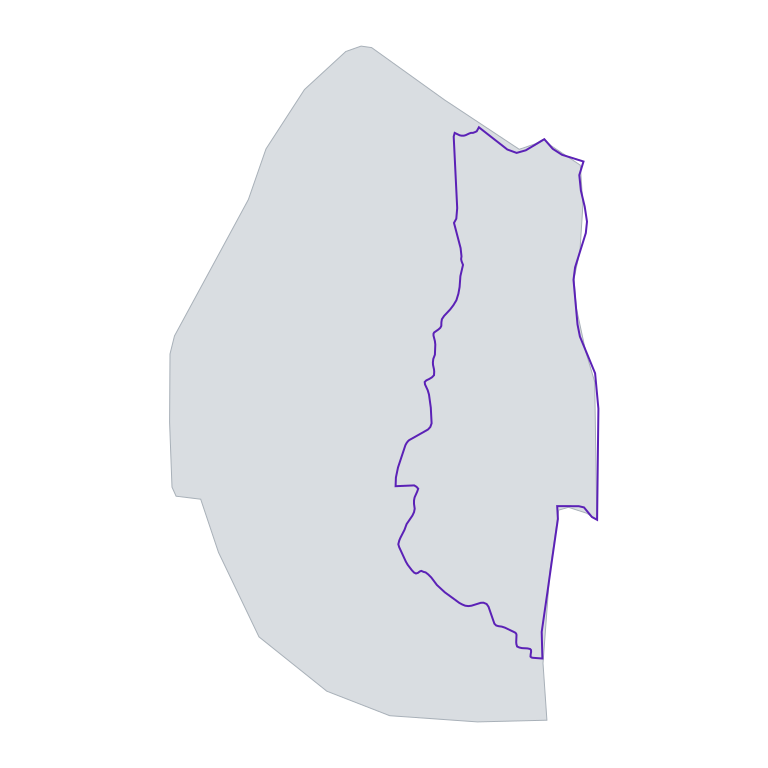 Lubombo on a map of eSwatini (Equal Earth projection)
{"feature_id": "SWZ-535", "entity_name": "Lubombo", "entity_type": "District", "adm_level": 1, "iso_a3": "SWZ", "parent_name": "eSwatini", "parent_adm1": "", "projection": "equal_earth", "projection_center": [31.73, -26.547], "detail": "fine", "context": "in_parent", "style": "outline", "palette": "violet", "viewbox_px": 768, "rotation_deg": 0, "n_neighbors": 0, "source": "natural_earth", "source_scale": "10m", "svg_char_len": 2464}
<svg xmlns="http://www.w3.org/2000/svg" viewBox="0 0 768 768"><path d="M544.0,139.0L550.5,145.3L580.3,165.2L582.9,204.9L580.0,250.2L574.0,278.8L576.2,307.3L585.7,351.6L594.7,381.8L596.8,519.5L586.7,513.2L568.4,507.3L558.7,510.1L549.8,571.7L543.0,663.3L546.9,720.2L477.5,721.9L389.7,715.7L326.8,691.2L259.0,636.9L218.5,552.4L200.7,499.2L176.1,496.2L172.0,487.1L169.6,422.2L170.0,354.0L174.5,335.9L220.1,251.8L248.4,199.5L266.0,148.9L304.5,89.5L345.8,51.5L361.1,46.1L371.6,47.6L444.5,99.9L519.2,149.3L535.4,143.8L544.0,139.0Z" fill="#d9dde1" stroke="#a8b0b8" stroke-width="1"/><path d="M544.3,139.2L552.7,148.8L562.0,154.8L583.5,161.5L579.3,175.1L580.9,190.6L584.7,206.6L587.0,221.6L585.8,233.1L575.1,267.3L573.5,279.8L577.5,324.4L579.9,336.5L595.1,373.3L598.4,408.7L597.1,519.8L591.9,517.0L584.0,507.4L578.8,506.2L557.2,506.1L557.9,519.0L552.4,557.1L547.4,592.4L541.7,631.9L542.4,658.5L542.2,658.5L532.9,657.8L531.5,657.5L530.5,656.6L530.7,654.1L531.1,651.9L531.0,650.0L530.1,649.0L527.5,648.4L521.9,648.1L519.3,647.5L517.1,646.5L516.4,644.2L516.2,642.3L516.5,634.9L516.1,633.5L515.0,632.5L504.8,627.6L501.7,626.6L498.7,626.2L496.2,625.5L494.4,623.7L488.5,606.7L486.6,604.0L483.5,602.7L480.8,602.8L471.5,605.7L468.4,606.1L465.2,605.7L462.3,604.5L459.3,602.9L444.8,592.3L436.9,585.0L431.3,577.5L428.2,574.4L425.6,572.4L423.6,571.9L421.3,570.9L419.7,571.5L417.9,572.9L416.0,573.5L414.1,572.6L411.9,570.3L407.7,564.8L405.9,561.7L399.2,547.2L398.3,544.2L399.3,540.4L400.5,537.6L404.5,529.8L406.6,524.1L412.4,515.6L414.0,512.2L414.7,508.8L414.0,503.8L414.0,500.5L414.6,497.4L417.2,491.6L418.2,488.7L416.5,486.8L414.2,485.4L395.6,486.2L395.9,477.6L398.0,467.5L405.4,445.2L406.6,443.0L407.9,441.3L409.2,440.1L428.0,429.5L430.3,427.0L431.6,423.3L430.8,407.7L429.0,394.6L427.7,390.2L425.0,384.4L424.7,382.0L426.3,380.4L429.2,379.0L432.0,377.3L434.0,375.2L434.2,371.7L434.0,369.4L433.0,364.8L432.9,362.3L433.3,358.9L434.9,354.7L435.3,344.6L434.9,341.1L433.5,335.6L433.5,333.7L434.1,332.5L438.4,329.5L440.3,327.8L441.3,325.9L441.4,322.2L441.9,319.2L444.1,315.9L450.2,309.4L453.4,305.2L456.4,300.2L458.4,293.7L459.6,287.0L460.4,276.1L463.0,264.9L461.6,261.3L461.1,259.1L461.5,256.4L460.6,248.1L454.0,222.9L456.3,218.7L457.2,208.1L453.7,136.6L454.7,132.9L459.7,135.3L461.7,135.7L463.7,135.7L465.6,135.2L469.2,133.5L470.9,132.9L472.9,132.9L475.0,132.1L476.7,131.3L478.9,127.3L507.3,149.5L516.6,152.9L525.8,150.3L544.3,139.2Z" fill="none" stroke="#5b21b6" stroke-width="2"/></svg>